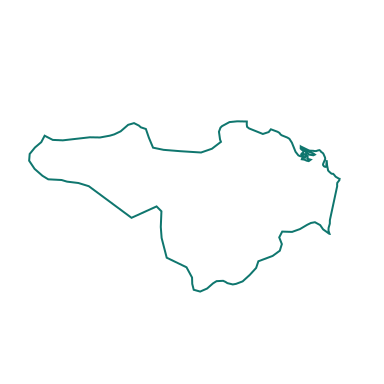 outline of Adana, rotated 251°
{"feature_id": "TUR-3018", "entity_name": "Adana", "entity_type": "Province", "adm_level": 1, "iso_a3": "TUR", "parent_name": "Turkey", "parent_adm1": "", "projection": "mercator", "projection_center": [35.602, 37.508], "detail": "fine", "context": "isolated", "style": "outline", "palette": "teal", "viewbox_px": 384, "rotation_deg": 251, "n_neighbors": 0, "source": "natural_earth", "source_scale": "10m", "svg_char_len": 2167}
<svg xmlns="http://www.w3.org/2000/svg" viewBox="0 0 384 384"><g transform="rotate(251 192 192)"><path d="M225.6,287.0L221.0,292.6L219.4,293.9L217.5,294.5L216.3,295.4L212.4,299.9L210.6,301.4L206.1,302.5L196.3,303.0L192.0,304.5L190.7,305.9L189.3,308.6L188.0,309.5L188.4,308.5L188.5,307.8L188.1,307.2L187.2,306.5L186.0,308.8L184.3,310.6L183.2,312.4L183.9,314.7L185.7,312.2L188.4,313.0L188.7,310.6L189.4,310.9L189.8,311.3L190.1,311.8L190.4,312.6L190.9,311.5L191.2,310.5L191.0,309.5L190.4,308.5L192.1,307.6L192.7,308.4L193.1,309.9L194.0,310.6L195.3,310.2L196.5,309.4L197.7,308.9L199.3,309.5L192.3,312.8L189.0,315.3L187.2,318.7L187.4,320.3L189.0,319.2L194.3,313.0L195.8,312.0L197.7,311.6L193.2,316.1L192.5,317.4L191.5,320.0L190.8,321.2L190.3,322.6L190.3,324.5L190.1,326.1L189.2,326.8L188.0,327.1L186.2,328.4L185.1,328.7L181.3,329.0L179.8,328.7L176.1,325.3L175.0,324.7L173.4,325.1L172.4,326.1L172.1,327.4L173.2,327.6L174.2,328.0L178.2,329.7L173.2,328.4L168.1,327.7L167.2,328.0L164.3,329.6L163.7,330.2L163.3,331.3L162.2,331.9L159.7,332.8L156.6,335.4L156.4,335.8L155.2,335.2L153.4,332.4L152.0,331.7L150.3,331.2L120.5,313.2L117.2,312.0L113.5,309.4L111.1,308.5L109.3,308.4L107.7,308.4L107.8,308.2L114.0,303.8L119.0,302.4L123.4,298.4L124.0,294.4L123.5,290.3L121.8,282.0L121.7,273.6L125.2,264.4L120.7,259.7L113.5,260.0L107.9,255.9L105.3,247.4L104.9,232.2L99.3,227.9L94.8,219.6L91.0,210.8L90.8,203.8L91.3,200.5L94.3,195.8L96.2,194.3L97.9,192.5L99.7,186.2L98.8,182.2L95.8,174.8L95.2,167.3L99.0,161.8L105.0,162.3L111.1,164.2L122.6,162.3L138.1,146.7L158.4,148.3L169.1,151.1L183.7,156.8L189.9,153.8L187.3,126.4L231.1,96.3L237.5,87.5L242.5,77.2L245.8,72.6L250.8,60.2L256.0,55.9L265.1,50.7L274.6,48.2L280.8,50.9L285.2,58.0L288.2,65.7L293.2,71.0L286.6,77.3L282.9,86.7L277.0,113.2L273.5,122.8L272.0,132.7L271.8,137.2L272.6,144.3L276.3,153.5L276.0,159.6L272.1,163.4L269.8,164.7L266.6,168.9L257.5,168.9L246.6,169.6L241.1,178.9L234.4,194.2L226.4,213.4L226.4,224.9L230.0,235.7L232.5,235.6L240.2,237.1L243.6,239.9L244.5,241.8L245.9,250.2L244.1,257.8L240.8,266.8L238.2,265.8L235.7,265.3L233.5,266.7L223.8,277.9L223.7,284.0L225.6,287.0Z" fill="none" stroke="#0f766e" stroke-width="2"/></g></svg>